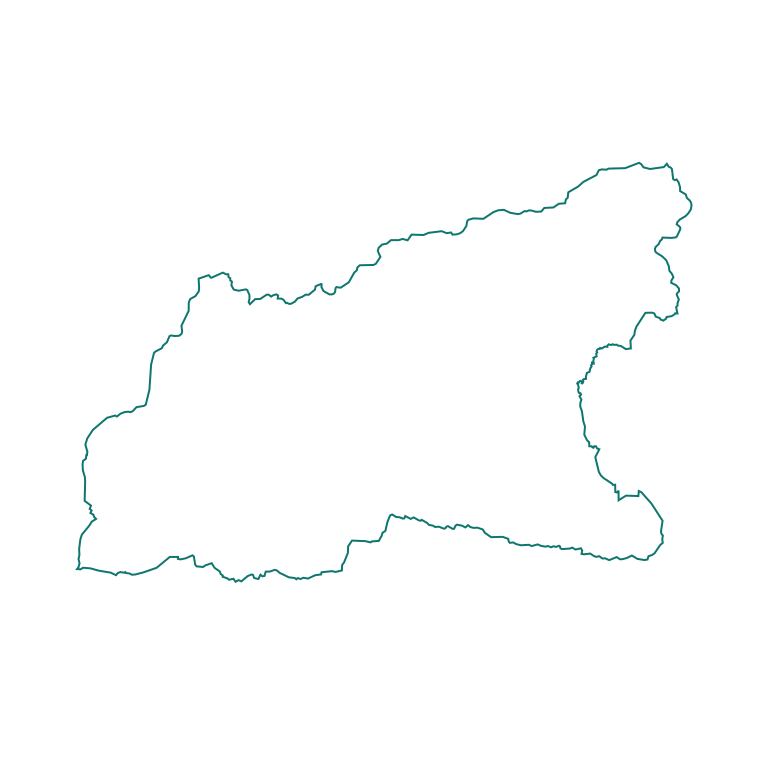 Bo Phloi, Kanchanaburi, Thailand (Albers equal-area conic projection), rotated 85°
{"feature_id": "78962969B59995610664778", "entity_name": "Bo Phloi", "entity_type": "district", "adm_level": 2, "iso_a3": "THA", "parent_name": "Thailand", "parent_adm1": "Kanchanaburi", "projection": "albers", "projection_center": [99.464, 14.382], "detail": "fine", "context": "isolated", "style": "outline", "palette": "teal", "viewbox_px": 768, "rotation_deg": 85, "n_neighbors": 0, "source": "geoboundaries", "source_scale": "gbopen_adm2", "svg_char_len": 6111}
<svg xmlns="http://www.w3.org/2000/svg" viewBox="0 0 768 768"><g transform="rotate(85 384 384)"><path d="M559.4,119.4L557.0,120.8L554.9,120.9L544.5,118.4L526.4,128.0L514.4,136.9L512.8,139.5L517.8,140.4L516.3,152.6L520.3,160.4L511.4,159.7L511.2,160.2L512.3,161.3L511.8,163.0L504.5,162.5L504.5,164.7L503.1,165.6L496.8,173.5L494.0,175.9L490.4,177.6L475.3,179.9L467.8,175.2L466.8,177.3L464.5,178.3L464.4,180.0L465.4,180.6L464.8,180.9L465.3,181.9L464.1,182.7L463.9,184.9L459.9,184.7L458.0,186.5L452.0,188.9L443.9,187.5L438.5,188.7L428.5,189.2L423.4,190.5L419.8,190.0L416.7,188.7L413.2,190.3L411.7,188.6L410.3,189.1L410.2,190.2L408.9,191.0L406.2,191.1L404.8,190.3L401.2,190.8L400.5,191.5L399.2,190.7L399.5,189.7L398.3,188.9L398.0,187.6L399.2,186.7L400.5,187.0L400.7,186.3L399.3,185.3L397.1,185.3L396.5,184.3L396.5,182.3L394.5,182.3L390.6,180.9L389.8,178.2L386.5,177.2L384.6,175.7L383.4,176.1L382.6,175.1L381.0,174.9L381.9,173.3L381.0,173.2L380.6,173.9L377.0,172.7L376.2,173.1L375.0,169.8L372.4,170.0L371.2,168.9L370.1,169.4L368.6,168.8L367.6,167.2L367.9,166.1L366.9,165.5L367.6,163.9L366.0,160.8L366.4,158.3L365.5,158.3L364.1,156.7L365.0,154.3L364.3,152.8L365.1,151.3L365.1,148.7L366.0,147.9L366.8,144.7L370.3,140.1L370.1,135.0L362.2,134.7L356.8,130.3L352.8,129.4L348.8,127.5L335.9,117.4L336.3,110.7L337.3,108.5L340.5,107.5L342.4,103.5L343.9,102.8L345.2,100.2L343.4,97.2L341.9,96.6L341.5,91.7L339.9,88.3L338.9,87.7L339.3,85.5L332.9,86.3L331.4,84.7L329.0,84.5L325.5,82.9L320.6,84.6L319.4,84.3L317.4,82.0L314.5,81.9L311.2,84.2L308.2,89.1L305.8,88.6L302.9,86.4L299.5,87.5L296.1,89.8L291.5,90.0L285.4,92.0L281.2,95.6L276.8,101.4L275.4,102.2L272.9,102.3L271.1,101.4L268.6,98.2L265.3,96.3L264.4,94.7L262.4,93.8L263.5,85.1L263.4,80.5L262.6,79.4L255.3,75.2L253.3,75.5L250.4,78.5L248.4,77.7L245.9,74.9L243.0,68.9L240.5,66.0L236.8,63.1L232.9,62.1L230.5,62.2L228.0,63.3L225.0,66.1L221.5,66.8L217.6,72.2L213.9,71.9L208.9,72.9L205.7,74.7L206.3,76.6L205.0,78.1L195.1,78.4L193.4,79.5L192.3,81.5L189.3,83.0L192.3,86.4L193.0,100.2L190.8,106.6L187.3,108.7L185.9,110.6L190.0,125.0L189.0,141.5L189.9,143.8L189.2,148.2L189.7,151.3L194.3,154.1L200.0,167.7L204.2,173.4L209.1,183.7L214.5,184.8L216.1,186.8L219.7,187.8L219.7,194.2L222.9,199.8L222.6,209.0L225.9,212.3L225.7,217.6L224.0,222.1L223.7,224.7L224.5,227.0L224.0,228.9L226.2,233.4L226.4,235.9L224.5,243.2L220.9,249.5L220.9,254.9L222.2,259.8L228.1,270.6L226.8,280.6L227.7,285.4L228.9,286.9L233.8,288.2L238.6,292.0L240.4,295.0L241.2,298.3L241.2,302.7L238.9,304.0L239.2,308.4L236.8,313.2L237.3,326.4L239.0,331.6L237.6,343.5L242.9,348.0L241.1,352.8L242.0,356.8L241.3,364.5L244.4,368.9L244.9,373.7L247.8,377.4L250.9,378.6L257.1,376.5L263.6,381.7L264.5,384.2L263.6,397.7L265.6,400.4L268.4,401.2L270.4,403.9L279.6,410.2L284.3,418.8L283.3,423.0L284.3,423.9L288.1,424.7L289.6,426.1L290.2,428.0L290.0,430.5L286.1,436.2L281.8,437.9L279.2,437.4L278.9,438.1L280.6,443.5L284.0,444.6L288.5,451.1L288.2,454.3L290.1,458.0L291.2,462.6L294.2,465.6L296.0,469.7L295.9,471.5L294.6,473.8L294.9,474.7L291.6,476.6L290.1,478.4L289.6,482.5L286.6,481.8L285.3,483.5L285.9,486.6L287.1,488.8L285.0,491.0L284.8,493.1L288.5,499.9L288.2,504.9L292.8,510.6L290.6,511.7L287.6,510.6L283.6,510.3L278.6,512.0L277.7,513.3L278.4,520.8L276.8,525.5L272.5,527.4L268.7,526.6L267.4,528.1L265.2,528.0L264.0,529.5L261.1,529.6L261.0,531.6L259.0,534.9L263.1,546.6L262.9,547.4L260.3,549.1L262.9,559.5L272.3,559.8L275.7,560.5L280.0,564.2L282.4,569.5L283.3,570.1L286.0,571.4L294.1,572.2L308.3,580.7L314.3,580.5L316.5,581.4L318.1,584.0L318.0,588.1L317.1,591.9L317.6,593.5L323.5,596.6L326.5,600.8L329.0,602.2L331.8,609.0L333.0,610.4L344.3,614.3L369.3,618.2L383.8,623.1L384.9,625.1L385.5,632.6L389.2,636.7L390.0,639.3L389.3,640.9L389.3,644.5L390.6,649.1L393.1,652.9L392.0,654.6L393.5,662.8L404.3,678.0L412.3,684.3L418.3,686.8L425.6,685.4L428.9,686.1L428.8,686.7L432.5,687.5L434.4,690.5L437.8,691.3L443.8,691.5L450.7,690.1L455.1,690.2L474.3,692.4L479.6,686.5L482.9,688.1L484.5,686.3L486.9,687.7L489.0,684.8L491.0,684.5L493.3,682.6L495.7,687.2L499.4,689.9L507.7,698.1L512.2,700.0L521.9,702.1L527.7,702.3L531.9,703.6L536.0,702.9L539.9,704.3L541.6,705.9L542.2,702.5L540.8,699.8L542.1,692.4L545.1,684.4L548.1,672.7L551.1,667.6L549.1,665.7L548.4,663.1L549.4,659.1L548.8,658.2L549.9,657.4L550.6,653.9L552.0,651.9L552.1,648.4L550.7,640.1L547.3,626.6L537.6,612.4L538.3,604.2L540.2,604.6L541.0,602.0L540.3,596.4L538.0,589.8L539.3,588.4L547.2,587.9L549.3,586.7L550.5,580.3L549.1,577.7L547.5,571.3L552.5,568.7L556.4,563.9L559.2,563.2L560.7,561.3L562.0,561.5L563.9,557.1L565.5,555.4L564.9,550.9L568.1,549.1L566.7,546.0L568.2,543.3L563.5,536.6L562.2,532.6L562.7,531.2L566.0,530.2L567.3,526.1L563.2,523.7L565.0,521.9L564.8,519.8L560.6,518.2L560.9,514.1L559.6,509.0L560.6,506.7L563.0,504.5L568.3,495.6L569.5,489.9L570.9,488.3L569.8,486.8L571.0,484.2L570.0,481.2L571.2,476.7L568.5,469.2L568.2,463.3L566.1,462.6L565.9,452.1L567.0,448.6L566.1,442.2L560.7,441.5L558.2,439.3L549.1,434.7L542.6,433.9L537.2,429.5L538.9,416.4L540.6,411.0L539.8,410.1L539.8,402.8L535.1,399.6L532.2,398.5L530.4,395.4L521.7,392.6L515.5,389.4L514.7,387.3L517.6,383.4L518.1,380.1L519.7,377.1L519.6,375.5L517.4,374.3L520.7,369.2L519.5,366.0L522.9,361.2L523.4,359.3L522.6,358.3L526.1,353.2L528.2,351.6L529.5,347.3L530.9,345.6L530.9,341.9L533.3,337.0L533.2,335.7L531.4,334.0L531.2,332.6L534.2,328.4L534.4,326.9L531.3,325.0L530.5,323.5L531.9,318.7L534.0,315.4L531.9,312.6L534.1,310.3L535.2,307.1L535.2,303.7L537.5,298.3L541.0,296.5L545.9,290.7L546.6,279.1L549.1,273.7L551.8,273.5L553.2,272.5L553.1,269.0L555.0,266.3L556.6,261.6L556.8,253.7L558.3,251.0L557.2,244.9L559.1,241.3L560.1,237.1L559.7,234.8L561.2,231.7L560.4,229.2L561.3,226.8L560.4,223.8L561.2,222.8L563.1,222.6L564.0,221.0L564.1,213.2L563.4,210.7L565.6,207.6L564.8,202.2L567.2,201.1L570.5,202.0L571.1,199.6L570.9,193.4L574.0,189.4L574.7,187.4L574.3,184.6L576.9,181.6L576.9,178.9L579.1,175.0L576.7,167.3L579.2,164.1L579.3,161.8L578.5,157.3L576.5,152.0L580.3,146.8L582.1,139.8L581.8,136.8L578.6,135.5L577.7,131.9L576.3,129.3L568.3,122.7L566.6,120.2L562.7,120.3L559.4,119.4Z" fill="none" stroke="#0f766e" stroke-width="2"/></g></svg>